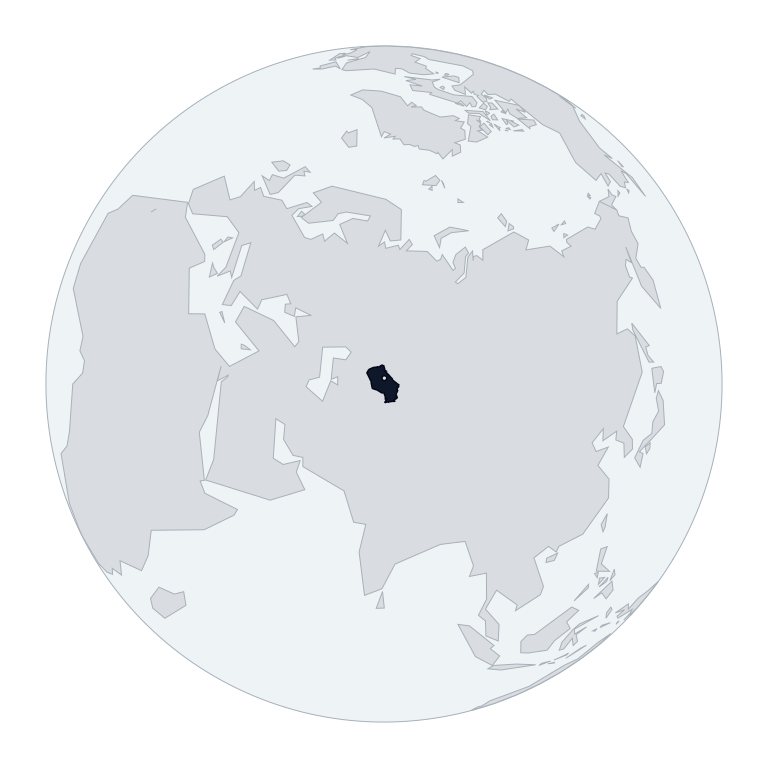 Qyzylorda on an orthographic globe, rotated 27°
{"feature_id": "KAZ-3197", "entity_name": "Qyzylorda", "entity_type": "Region", "adm_level": 1, "iso_a3": "KAZ", "parent_name": "Kazakhstan", "parent_adm1": "", "projection": "orthographic", "projection_center": [63.953, 45.065], "detail": "fine", "context": "on_globe", "style": "filled", "palette": "ink", "viewbox_px": 768, "rotation_deg": 27, "n_neighbors": 0, "source": "natural_earth", "source_scale": "10m", "svg_char_len": 13825}
<svg xmlns="http://www.w3.org/2000/svg" viewBox="0 0 768 768"><g transform="rotate(27 384 384)"><circle cx="384" cy="384" r="338" fill="#eef3f6" stroke="#a8b0b8"/><path d="M419.6,48.0L417.8,48.4L410.2,47.4L410.2,48.0L419.8,49.7L426.1,50.8L439.2,61.2L468.8,75.8L485.0,79.4L476.1,80.0L511.4,87.3L531.9,98.1L504.5,86.7L498.4,86.4L510.2,93.6L506.5,94.9L510.1,99.5L504.7,100.6L489.1,94.8L485.3,95.7L493.9,100.9L493.8,105.9L481.8,98.0L480.5,106.3L454.2,99.7L426.5,80.6L407.6,80.9L367.8,72.4L367.1,75.4L351.6,75.2L345.1,78.9L339.6,77.0L339.1,81.7L345.4,82.8L347.4,85.4L344.1,88.0L336.5,85.7L337.0,84.1L333.0,84.8L330.6,82.7L330.0,85.2L321.1,82.7L325.0,89.0L313.8,90.2L309.3,87.6L316.2,82.8L323.0,67.4L320.5,64.6L310.1,64.7L276.6,74.5L271.2,74.0L259.2,76.9L259.1,79.0L268.5,77.7L265.5,83.1L277.4,81.6L277.9,83.9L287.5,85.0L279.0,90.4L265.5,95.4L257.1,95.0L250.9,97.5L253.2,102.8L232.0,107.9L208.5,121.8L203.8,123.0L204.8,115.0L219.3,101.5L220.7,94.1L212.5,104.9L200.9,108.8L196.0,112.3L192.4,116.0L194.0,117.1L188.6,120.1L194.5,109.7L199.6,106.8L197.6,109.9L204.3,103.9L208.3,98.3L202.1,101.4L214.6,91.9L210.3,94.2L210.6,94.0L211.1,93.7L216.6,90.6L211.4,93.5L232.5,81.9L254.4,71.9L277.0,63.5L300.1,56.7L323.6,51.5L347.4,48.1L371.4,46.3L395.5,46.3L419.6,48.0ZM429.6,51.3L420.4,49.7L413.1,48.1L421.1,49.1L429.6,51.3ZM442.9,56.5L437.6,55.6L438.1,53.9L441.0,54.8L442.9,56.5ZM497.5,82.3L490.7,78.9L498.5,81.8L497.5,82.3ZM511.6,99.9L514.7,100.6L515.2,102.7L511.6,99.9ZM291.5,82.1L289.5,83.5L288.7,82.5L291.5,82.1ZM297.6,81.4L298.1,79.2L301.1,78.6L300.7,79.9L297.6,81.4ZM507.4,106.7L507.3,110.3L504.7,105.6L507.4,106.7ZM296.2,84.3L306.2,77.9L311.4,76.9L314.2,81.4L296.2,84.3ZM505.5,111.7L505.5,121.2L512.4,123.3L493.0,123.5L499.4,114.9L495.1,108.6L501.1,112.0L505.5,111.7ZM348.9,82.2L342.0,81.1L350.7,79.8L348.9,82.2ZM354.0,80.8L378.1,74.4L386.6,77.8L376.8,79.0L390.3,82.0L382.5,86.7L373.4,86.1L369.5,82.9L369.5,87.2L354.0,80.8ZM482.2,122.5L479.9,124.2L479.4,121.3L482.2,122.5ZM348.8,86.4L352.9,84.6L360.6,87.3L353.8,91.5L353.5,89.2L348.8,86.4ZM397.6,80.8L402.0,83.8L397.0,88.4L398.1,90.3L383.1,87.1L397.6,80.8ZM350.1,89.9L350.1,93.6L343.5,94.7L345.3,88.4L350.1,89.9ZM365.5,86.4L368.8,88.0L364.7,88.4L365.5,86.4ZM320.1,101.7L324.9,99.0L329.3,100.0L320.1,101.7ZM350.5,94.9L352.8,94.5L355.1,94.8L353.7,97.5L350.5,94.9ZM380.6,90.8L377.6,92.2L386.5,92.2L383.1,96.0L373.7,93.4L376.3,96.1L375.3,97.3L368.8,93.9L380.6,90.8ZM359.2,101.1L346.1,99.8L336.3,104.3L332.1,103.3L348.6,96.3L359.2,101.1ZM365.4,97.1L360.6,99.3L357.8,96.8L359.4,93.7L365.4,97.1ZM384.2,99.7L391.8,94.5L393.6,95.3L384.2,99.7ZM356.9,102.9L360.1,103.2L356.5,103.5L356.9,102.9ZM376.4,101.1L378.9,99.0L380.9,100.0L376.4,101.1ZM364.5,105.8L360.3,105.2L361.2,103.0L364.5,105.8ZM370.4,104.0L372.5,105.8L364.0,102.5L371.2,102.9L370.4,104.0ZM377.9,102.3L379.8,102.2L376.6,103.1L377.9,102.3ZM363.4,114.8L352.5,111.2L354.6,106.2L364.9,110.3L363.4,114.8ZM59.0,414.3L60.7,357.2L67.6,348.9L74.4,330.0L126.5,311.3L131.4,325.7L165.5,349.8L168.6,356.2L157.9,369.2L178.1,410.1L192.5,402.9L217.5,429.6L238.3,438.5L257.6,411.3L223.5,396.1L224.2,378.3L256.8,377.5L287.6,391.3L288.9,384.9L275.0,364.2L287.7,356.0L270.8,356.2L273.4,364.5L262.9,365.1L259.9,357.7L264.5,354.8L256.8,348.2L236.8,364.5L237.3,374.7L213.7,366.9L212.3,383.5L203.9,386.6L203.1,359.9L207.5,352.7L201.2,318.6L194.4,325.2L199.9,358.2L195.7,353.1L186.5,363.6L190.1,351.7L186.0,315.0L168.4,306.1L136.2,319.2L128.0,312.2L125.7,297.2L147.3,271.3L163.2,289.9L171.1,282.1L176.4,262.5L180.7,270.2L184.8,264.9L191.6,271.4L209.6,266.6L217.8,271.9L232.9,257.3L239.2,258.4L228.4,266.5L225.4,275.5L246.7,289.5L253.2,288.4L261.3,278.1L266.2,283.8L271.3,272.0L287.6,275.3L272.1,261.9L281.2,250.6L295.4,246.2L295.6,240.4L272.5,247.8L265.8,253.1L264.5,261.3L243.8,275.0L234.7,273.2L245.8,250.5L234.2,245.8L247.9,231.3L301.9,218.6L320.3,220.7L333.6,248.0L324.7,253.7L315.4,246.4L316.5,263.7L320.0,257.2L324.0,262.3L333.8,253.8L337.1,257.0L340.8,243.7L345.9,246.8L343.5,255.2L362.3,246.3L375.3,250.6L377.9,247.1L377.1,242.2L394.0,251.5L395.2,248.6L390.2,244.3L389.3,236.0L394.3,225.1L399.9,228.9L398.8,233.3L405.0,248.8L401.3,260.7L404.1,261.3L408.6,251.9L401.1,232.9L402.5,225.3L407.5,233.6L405.8,230.0L408.2,227.5L415.9,228.8L411.1,219.5L430.7,189.6L447.5,190.0L449.6,200.1L469.2,185.8L486.6,189.0L481.9,184.8L488.1,176.2L482.7,174.9L480.9,172.4L494.3,151.6L501.8,150.3L502.2,138.2L499.8,136.3L494.3,136.5L493.0,123.5L512.4,123.3L516.9,127.5L526.0,125.2L535.0,135.6L546.7,143.7L551.3,157.6L560.1,163.4L562.6,161.9L576.6,169.3L596.3,191.0L569.1,179.9L537.2,152.1L549.2,163.5L543.1,163.2L545.4,168.9L554.2,177.2L557.3,176.8L554.2,204.4L568.7,233.7L575.8,224.4L586.0,227.2L608.7,256.2L616.6,313.2L630.3,320.5L634.9,329.1L631.4,340.2L624.6,327.8L616.0,328.6L612.7,320.4L604.8,335.2L599.7,324.2L596.1,341.9L603.6,347.9L612.5,338.3L611.5,359.4L627.7,366.6L635.8,383.6L629.3,427.5L613.5,449.3L613.8,455.5L604.3,454.0L596.5,470.8L618.0,492.0L619.0,500.7L604.1,526.3L602.9,520.4L577.9,516.6L576.6,538.5L595.7,546.0L602.4,561.1L589.2,562.2L582.0,549.1L573.1,547.2L573.1,529.2L561.1,506.0L547.5,516.7L546.3,505.4L527.7,487.4L507.0,501.4L475.6,539.4L475.1,567.4L462.6,581.2L438.1,545.0L431.5,517.3L419.8,521.0L396.9,497.4L349.2,494.4L345.0,486.2L335.4,488.9L319.7,479.0L314.1,465.0L303.4,464.0L319.0,500.4L330.7,501.5L344.0,490.3L345.9,502.4L361.4,514.1L335.3,539.2L268.7,550.5L266.5,528.5L238.0,455.8L241.2,449.4L241.3,448.5L241.2,446.9L234.2,456.7L230.7,442.0L241.3,492.1L241.3,510.8L267.7,551.4L264.2,553.8L274.0,562.7L310.5,562.4L309.8,569.1L289.9,595.5L243.0,620.0L251.8,644.1L252.7,660.4L229.0,661.3L236.9,673.4L225.5,671.6L228.6,676.8L222.7,677.4L210.7,673.3L184.2,656.5L178.0,651.4L157.8,633.1L127.8,592.6L129.7,583.2L125.4,569.3L106.7,525.3L110.5,511.1L106.6,499.3L98.0,492.5L94.2,478.2L89.5,472.3L63.7,439.9L59.0,414.3ZM101.5,331.4L98.4,336.5L101.5,331.4ZM315.8,421.8L337.1,427.3L335.1,405.3L343.1,405.9L339.5,398.5L334.8,403.8L327.1,383.8L339.0,379.8L340.3,370.5L333.1,368.3L312.6,379.0L323.5,407.2L315.4,414.4L315.8,421.8ZM200.6,109.4L199.9,110.3L195.5,114.2L196.0,112.7L200.6,109.4ZM185.9,131.4L177.4,135.8L183.8,131.3L182.7,129.6L194.8,118.7L202.0,123.0L196.6,122.7L185.9,131.4ZM213.0,106.3L204.5,112.1L213.5,105.6L213.0,106.3ZM200.8,231.5L200.3,237.9L193.6,242.1L183.3,237.3L192.9,230.9L200.8,231.5ZM201.2,246.1L215.2,226.1L222.1,228.9L215.9,230.6L219.1,234.5L209.8,238.3L202.9,261.4L196.5,266.8L180.9,253.8L189.5,254.8L189.5,248.2L201.2,246.1ZM238.4,176.4L244.5,169.6L251.7,184.3L245.2,189.1L234.5,184.1L235.9,175.6L238.4,176.4ZM299.3,94.2L301.1,91.9L303.3,92.3L303.4,94.6L299.3,94.2ZM322.0,100.3L293.3,105.2L294.0,102.7L276.3,109.5L271.3,105.6L282.9,101.1L265.8,103.7L274.2,98.1L262.4,100.9L288.8,91.3L295.7,86.9L289.9,93.1L294.3,96.7L298.4,97.0L314.9,94.7L331.9,87.9L339.1,91.0L339.6,95.1L336.6,97.1L332.9,94.3L331.5,99.2L323.9,96.8L322.0,100.3ZM341.4,150.0L338.4,144.2L334.3,156.7L326.7,153.1L326.7,154.8L318.5,155.1L308.6,158.6L306.1,156.0L303.3,158.5L297.8,159.0L293.2,161.8L287.0,158.4L280.8,161.6L281.5,158.2L272.4,164.7L276.4,158.4L269.7,159.0L269.4,164.8L247.7,143.2L235.5,140.3L223.2,141.6L231.7,131.5L248.6,124.3L268.2,120.6L278.7,125.4L280.7,120.3L286.3,121.3L282.4,124.9L291.7,120.1L295.3,121.9L312.8,120.7L323.9,113.5L330.6,113.2L328.0,117.0L336.5,114.1L336.1,121.3L340.9,121.4L345.3,129.0L337.5,136.9L343.4,136.4L347.1,142.6L341.4,150.0ZM364.3,117.0L356.7,126.4L348.8,129.3L344.5,115.1L340.2,114.0L337.1,105.7L348.7,101.9L348.5,104.5L351.0,106.3L346.4,106.7L351.9,107.7L351.9,111.5L356.2,113.4L352.5,115.8L364.3,117.0ZM176.3,354.1L179.5,357.5L185.4,361.0L179.8,368.0L176.3,354.1ZM172.9,329.1L176.4,330.6L171.3,341.5L168.0,338.2L172.9,329.1ZM182.7,322.6L177.0,329.9L178.1,324.0L182.7,322.6ZM232.1,267.5L236.4,268.8L235.1,271.6L230.8,274.1L232.1,267.5ZM327.8,189.0L327.3,184.6L329.6,183.9L335.2,174.8L341.3,177.1L340.3,183.6L327.8,189.0ZM249.3,414.2L240.8,417.5L238.7,413.3L242.1,412.9L249.3,414.2ZM206.7,393.0L214.4,401.9L205.1,394.8L206.7,393.0ZM335.4,190.0L337.0,185.9L339.0,189.7L335.4,190.0ZM346.1,178.5L349.3,182.1L342.7,176.4L346.1,178.5ZM308.0,671.1L295.1,692.2L279.7,688.7L273.3,681.0L275.7,667.2L292.5,666.4L299.8,660.0L308.0,671.1ZM657.0,558.9L662.6,554.3L662.1,555.5L657.0,558.9ZM651.4,561.1L658.2,555.2L649.8,564.4L651.4,561.1ZM660.7,552.8L667.6,544.3L670.6,539.8L669.8,542.4L660.7,552.8ZM646.6,565.3L617.9,585.8L605.9,590.6L609.3,585.1L628.8,573.6L646.6,565.3ZM608.3,585.6L589.2,585.4L559.0,564.6L569.9,560.7L600.7,567.1L598.9,571.6L610.5,573.8L608.3,585.6ZM652.4,535.4L650.3,547.0L635.1,557.9L627.9,561.4L622.9,551.4L625.7,542.6L631.9,538.7L652.5,497.5L660.3,497.3L654.7,513.1L660.9,517.3L652.4,535.4ZM476.9,569.6L486.0,583.5L478.9,587.4L476.9,569.6ZM658.6,472.7L651.8,491.0L657.2,469.6L658.6,472.7ZM660.4,454.5L662.0,459.8L657.6,457.3L660.4,454.5ZM615.8,463.9L609.4,469.5L608.1,465.3L615.5,455.8L615.8,463.9ZM641.8,398.1L645.9,410.9L646.2,416.2L641.3,410.7L641.8,398.1ZM389.9,209.0L375.3,218.6L368.8,228.2L371.5,237.2L361.4,229.1L371.4,214.3L389.9,209.0ZM425.0,191.4L422.6,184.2L427.8,185.0L429.0,186.8L425.0,191.4ZM420.7,188.7L409.9,184.4L411.2,179.0L419.4,183.3L420.7,188.7ZM372.2,186.2L367.5,188.8L365.9,185.5L372.2,186.2ZM609.4,635.8L614.3,628.9L617.0,626.8L622.4,618.0L650.6,587.4L672.5,552.5L681.5,540.9L692.3,516.5L699.5,503.3L693.6,518.9L695.1,516.0L684.6,538.4L672.5,560.0L658.8,580.6L643.7,600.2L627.2,618.6L609.4,635.8ZM708.4,478.7L709.5,474.8L709.3,475.6L708.4,478.7ZM670.5,545.9L679.1,530.1L682.9,524.9L670.5,545.9ZM714.8,452.9L714.6,453.6L711.0,469.0L704.8,485.5L707.3,477.0L707.4,472.2L698.7,486.5L697.0,485.1L700.8,476.0L694.0,483.0L701.6,468.9L703.9,473.8L707.8,459.1L713.0,448.4L716.7,438.9L718.0,435.4L717.1,440.8L714.8,452.9ZM700.0,490.3L701.2,488.2L699.8,492.9L700.0,490.3ZM721.0,409.1L721.1,408.0L721.0,409.1ZM684.8,505.3L684.2,508.4L682.0,509.2L684.8,505.3ZM687.8,499.9L694.1,493.8L687.0,503.0L687.8,499.9ZM664.9,516.0L667.3,520.2L674.8,508.4L669.0,520.2L673.3,525.5L671.3,531.2L667.2,525.0L664.4,538.5L661.0,541.6L659.8,533.3L663.7,517.6L667.1,509.0L680.3,493.0L664.9,516.0ZM688.1,492.0L686.2,486.7L687.4,479.8L689.5,481.4L688.1,492.0ZM679.4,474.6L672.9,471.2L668.2,480.0L676.6,456.2L681.6,463.4L679.4,474.6ZM672.0,459.0L667.8,467.2L671.4,454.4L672.0,459.0ZM666.0,465.2L664.2,459.1L668.3,456.2L666.0,465.2ZM674.5,456.7L673.3,444.4L676.4,449.1L674.5,456.7ZM659.3,445.6L670.0,448.5L658.1,454.4L652.0,432.6L656.7,427.6L659.3,445.6ZM649.6,327.0L645.3,321.4L647.9,315.5L650.1,320.9L649.6,327.0ZM652.5,293.0L647.2,312.2L642.3,328.4L646.4,328.4L650.0,341.9L640.9,336.0L640.5,316.5L645.1,306.4L640.7,295.7L641.0,283.5L633.0,273.0L631.5,265.3L640.2,272.0L652.5,293.0ZM629.3,268.9L615.5,248.4L622.8,242.7L627.4,245.9L630.7,257.5L626.7,259.8L629.3,268.9ZM614.3,242.0L610.2,244.2L581.3,223.0L577.1,217.3L602.9,229.3L600.4,232.2L606.3,238.7L614.3,242.0ZM483.4,125.7L480.3,124.3L483.7,124.1L483.4,125.7ZM477.8,172.0L475.9,168.4L480.0,167.9L477.8,172.0ZM473.0,158.6L469.7,161.6L470.8,156.8L473.0,158.6ZM462.7,168.9L467.2,162.1L466.2,170.9L462.7,168.9Z" fill="#d9dde1" stroke="#a8b0b8" stroke-width="1"/><path d="M375.8,393.2L375.7,393.2L375.3,392.8L375.0,392.5L374.8,392.2L374.6,391.9L374.3,391.7L374.1,391.4L373.9,391.1L373.6,390.8L373.4,390.5L373.1,390.1L372.9,389.9L372.7,389.6L372.2,389.1L372.0,388.7L371.9,388.5L371.9,388.2L371.8,387.9L371.7,387.8L371.5,387.6L371.1,387.4L370.6,387.0L370.0,386.6L369.3,386.1L368.6,385.5L367.8,384.9L367.0,384.3L366.2,383.7L365.4,383.1L364.7,382.6L364.0,382.1L363.7,381.9L363.8,378.9L364.2,377.5L366.6,374.6L367.7,373.6L368.8,372.9L369.7,372.7L369.9,372.0L370.3,371.6L371.2,371.7L372.3,370.2L372.7,369.3L373.6,368.1L374.6,367.9L375.7,367.9L376.4,369.1L376.9,369.3L377.5,369.9L378.1,370.8L378.0,371.1L378.4,371.2L378.7,371.3L379.2,371.5L379.5,371.5L378.8,372.0L378.8,372.3L380.0,372.1L381.0,372.8L381.6,372.9L382.6,373.4L383.1,373.4L383.3,373.4L383.5,373.5L388.3,375.4L388.7,375.4L389.7,376.3L390.5,376.7L396.4,377.9L397.1,377.9L397.5,377.9L397.6,378.5L397.7,379.0L398.2,379.4L398.3,380.0L398.0,380.5L397.8,381.9L397.9,382.6L398.3,382.9L398.8,383.2L399.2,383.6L399.4,388.1L399.8,388.4L400.0,388.3L400.3,388.4L400.5,388.6L400.6,388.8L401.0,389.3L402.0,390.0L402.0,390.3L401.7,390.4L401.4,390.7L401.5,390.9L401.6,391.3L401.4,391.8L401.0,391.6L401.0,392.2L400.7,392.8L400.6,393.3L400.3,393.7L400.4,394.2L400.5,393.7L400.6,393.9L400.8,393.9L400.8,394.3L401.1,394.5L401.3,394.6L401.1,394.8L399.0,395.9L397.0,397.4L396.1,398.3L395.7,398.1L395.0,398.5L393.7,399.9L393.4,399.8L393.0,399.8L393.0,399.6L393.1,399.4L393.1,399.2L393.2,397.6L393.3,396.1L392.7,396.5L392.0,396.8L391.7,396.2L391.3,395.6L391.1,395.1L390.7,394.4L390.5,394.2L390.1,393.9L389.6,393.7L389.4,393.4L389.2,393.2L388.7,392.6L388.3,392.0L388.2,392.0L388.1,391.9L387.9,391.9L387.8,392.0L387.4,392.2L387.0,392.4L386.6,392.7L386.2,392.9L385.8,392.9L385.2,392.9L384.6,392.8L384.0,392.8L383.4,392.7L382.8,392.7L382.1,392.6L381.5,392.5L380.8,392.5L380.4,392.5L380.0,392.6L379.6,392.6L379.3,392.7L378.9,392.8L378.5,392.8L378.1,392.9L377.7,392.9L377.5,393.0L377.2,393.0L376.7,393.1L376.4,393.1L376.1,393.2L375.8,393.2L375.8,393.2ZM381.7,381.0L381.9,381.0L382.1,381.0L382.4,380.9L382.6,380.9L382.8,380.7L383.0,380.6L383.4,380.3L383.5,380.2L383.8,379.8L383.9,379.6L384.0,379.3L384.0,379.1L384.0,378.9L384.1,378.6L384.0,378.4L384.0,378.1L384.0,377.9L383.9,377.7L383.7,377.3L383.5,377.1L383.4,376.9L383.2,376.7L382.8,376.5L382.6,376.4L382.4,376.3L382.2,376.2L381.9,376.2L381.7,376.2L381.4,376.2L381.2,376.2L381.0,376.3L380.8,376.4L380.6,376.5L380.4,376.6L380.2,376.7L380.0,376.9L379.8,377.0L379.7,377.2L379.6,377.4L379.5,377.6L379.4,377.9L379.3,378.1L379.3,378.3L379.3,378.6L379.3,378.8L379.3,379.1L379.4,379.3L379.5,379.5L379.7,379.9L379.8,380.1L380.0,380.3L380.1,380.5L380.3,380.6L380.5,380.7L380.7,380.8L380.9,380.9L381.2,381.0L381.4,381.0L381.7,381.0Z" fill="#0f172a" stroke="#020617" stroke-width="1.5"/></g></svg>